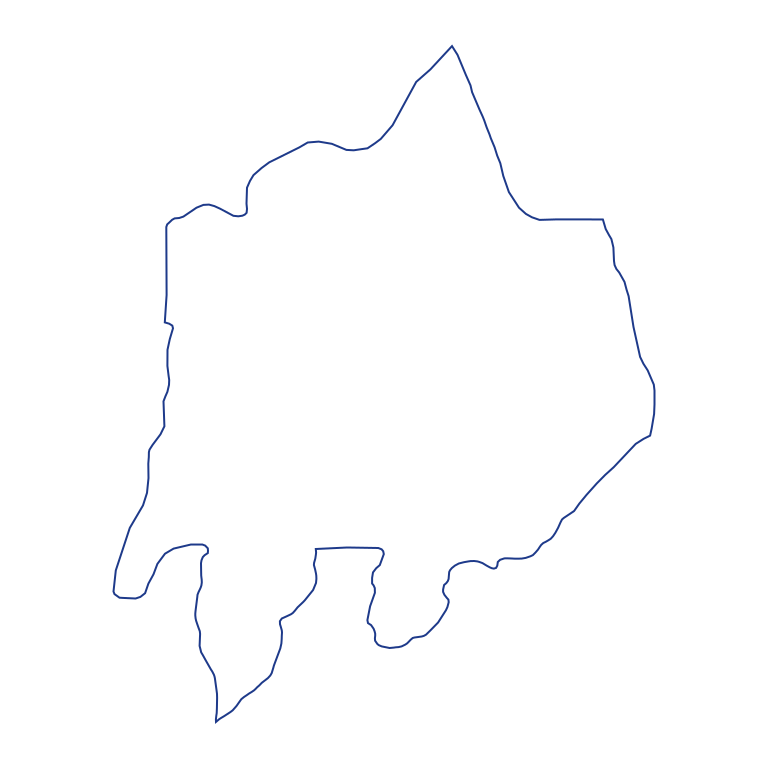 El Palmar, Retalhuleu, Guatemala
{"feature_id": "79465075B16576514502159", "entity_name": "El Palmar", "entity_type": "district", "adm_level": 2, "iso_a3": "GTM", "parent_name": "Guatemala", "parent_adm1": "Retalhuleu", "projection": "albers", "projection_center": [-91.616, 14.698], "detail": "fine", "context": "isolated", "style": "outline", "palette": "blue", "viewbox_px": 768, "rotation_deg": 0, "n_neighbors": 0, "source": "geoboundaries", "source_scale": "gbopen_adm2", "svg_char_len": 4067}
<svg xmlns="http://www.w3.org/2000/svg" viewBox="0 0 768 768"><path d="M602.9,219.5L585.7,219.4L556.3,219.4L539.5,219.9L532.0,217.3L525.9,213.9L519.0,207.7L508.9,192.1L503.3,176.0L500.3,163.2L497.2,155.6L494.6,147.3L490.8,138.2L489.5,134.4L486.7,127.5L484.2,120.3L482.7,116.6L479.5,109.6L472.1,92.2L470.5,85.4L465.9,75.0L457.5,54.8L452.0,46.1L440.6,58.4L430.4,69.4L416.2,81.9L392.6,125.2L380.8,138.9L375.1,143.2L367.5,148.3L361.8,149.1L353.7,150.3L346.4,149.9L331.8,143.8L318.7,141.6L307.7,142.5L299.3,147.4L269.3,162.3L261.6,168.0L253.5,175.1L250.0,180.9L247.0,187.7L246.5,203.7L247.0,208.9L246.6,212.8L244.8,214.6L242.4,215.7L238.3,216.3L233.4,215.8L219.9,208.6L214.4,206.1L209.0,204.6L203.4,204.9L196.5,207.7L183.4,216.6L179.2,218.0L174.6,218.4L172.1,219.8L169.6,222.2L167.2,224.4L166.3,227.0L166.6,295.0L164.8,322.4L169.2,323.7L172.3,325.6L173.0,328.3L169.8,339.1L167.5,349.8L167.4,365.9L168.6,375.8L169.2,380.0L169.0,384.9L167.4,391.8L165.3,396.6L163.5,401.3L164.4,426.3L160.5,434.3L152.5,445.0L149.5,449.7L148.9,452.2L148.8,457.2L148.3,463.6L148.5,478.1L147.0,492.9L143.0,505.4L129.8,527.9L115.8,570.4L113.5,591.5L114.5,594.1L119.5,597.7L122.6,597.9L135.6,598.5L140.4,596.9L145.1,593.2L148.4,583.6L153.5,574.3L157.4,563.9L165.0,553.7L173.6,548.6L191.0,544.5L202.3,544.5L205.2,545.6L207.8,548.3L208.0,550.9L207.8,553.1L204.6,555.2L202.8,557.1L201.5,560.3L201.0,563.2L201.2,575.5L201.4,577.3L201.7,579.7L201.8,582.5L201.4,585.4L200.7,587.5L199.9,589.3L198.5,592.2L197.5,594.8L197.3,596.9L195.8,608.8L195.5,611.3L195.3,613.5L195.3,615.5L195.6,618.4L196.1,620.7L197.2,624.0L198.6,628.0L199.8,631.2L200.1,633.9L199.6,645.9L201.2,652.4L202.6,654.7L205.7,660.3L211.0,669.6L212.2,671.4L213.9,674.7L214.5,676.5L214.9,678.3L216.6,690.7L217.0,693.8L217.1,697.8L216.9,708.3L216.7,713.1L216.3,715.7L215.9,719.3L216.0,721.9L219.3,719.1L221.2,717.9L224.2,716.1L230.5,712.0L232.7,710.3L236.4,706.1L239.8,701.3L241.3,699.2L244.0,697.0L246.7,695.2L249.1,693.5L251.6,692.0L254.1,690.3L255.8,688.7L257.1,687.3L259.3,685.4L261.8,682.8L267.9,678.1L270.3,675.5L271.7,673.1L273.4,667.5L273.9,665.6L274.9,662.9L280.3,648.4L281.4,643.4L281.7,639.0L281.8,635.6L282.0,632.5L281.8,630.4L280.8,626.8L280.0,624.2L279.9,621.2L281.8,618.5L286.9,616.2L290.9,614.3L292.8,613.0L294.8,610.8L297.6,607.3L303.3,601.9L304.8,600.3L313.1,590.0L316.0,583.0L316.4,578.9L316.3,575.8L316.0,573.6L315.1,569.4L313.9,565.0L314.1,562.8L314.7,560.7L315.3,558.6L315.9,554.6L316.1,552.5L315.8,549.0L347.2,547.5L378.3,548.0L381.6,549.3L383.2,551.2L383.8,554.1L379.8,565.1L376.2,568.2L373.0,572.4L372.1,577.9L372.1,583.5L373.6,585.4L374.8,588.1L374.9,592.8L370.1,606.3L367.4,620.1L368.0,623.1L371.1,625.1L373.6,628.7L374.6,631.3L375.2,633.7L375.2,635.8L374.9,638.2L375.1,640.7L377.3,643.9L378.7,645.1L381.7,646.4L389.6,648.0L393.8,647.6L395.8,647.3L398.5,647.1L401.6,646.4L405.3,644.6L407.1,643.4L408.6,641.9L410.7,639.7L412.7,638.0L414.5,637.5L417.5,637.1L421.7,636.5L423.8,635.9L426.0,634.7L430.5,630.3L438.1,622.5L445.9,610.3L447.4,607.1L448.7,602.2L448.4,599.6L447.0,598.1L444.4,594.8L443.1,591.9L443.1,589.5L444.1,585.0L446.3,583.1L447.8,581.1L448.6,579.0L449.0,574.2L449.2,572.0L450.0,570.3L451.8,568.1L454.9,565.6L458.8,563.5L463.9,562.2L468.5,561.4L470.5,561.1L474.1,561.0L477.4,561.4L479.2,561.9L482.5,563.1L486.6,565.6L489.9,567.4L491.8,568.2L493.9,568.6L496.1,567.9L497.3,565.6L497.8,562.0L500.1,559.8L504.3,558.4L506.1,558.3L509.6,558.4L515.6,558.7L521.5,558.6L525.7,557.9L530.4,556.3L532.9,555.1L535.4,552.6L538.0,549.6L539.7,547.0L541.2,544.9L543.3,543.0L545.6,541.9L548.2,540.4L550.7,538.8L553.0,536.3L555.3,532.9L558.1,527.8L560.5,522.4L562.0,519.5L563.7,518.0L574.1,511.0L579.4,503.5L586.5,494.9L590.0,491.0L596.8,483.4L605.2,474.9L613.8,467.1L635.7,443.9L643.5,438.9L650.1,435.6L651.6,428.8L654.1,414.0L654.5,404.4L654.5,390.6L653.8,384.6L647.7,370.4L643.4,363.7L640.1,356.9L633.5,327.0L628.6,296.1L626.6,289.8L624.5,281.9L619.2,272.5L616.4,269.0L614.6,265.1L614.0,261.0L613.4,247.5L612.4,243.2L611.4,239.1L608.9,234.9L605.7,229.0L602.9,219.5Z" fill="none" stroke="#1e3a8a" stroke-width="2"/></svg>